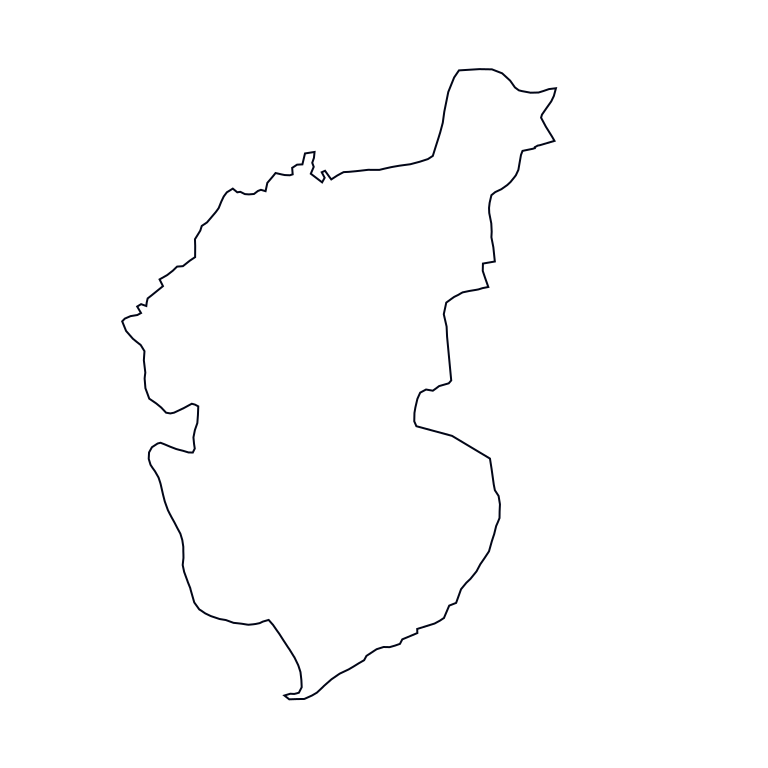 Chumatlán, Veracruz, Mexico (Equal Earth projection), rotated 344°
{"feature_id": "50627088B36712897039445", "entity_name": "Chumatlán", "entity_type": "district", "adm_level": 2, "iso_a3": "MEX", "parent_name": "Mexico", "parent_adm1": "Veracruz", "projection": "equal_earth", "projection_center": [-97.586, 20.222], "detail": "fine", "context": "isolated", "style": "outline", "palette": "ink", "viewbox_px": 768, "rotation_deg": 344, "n_neighbors": 0, "source": "geoboundaries", "source_scale": "gbopen_adm2", "svg_char_len": 4390}
<svg xmlns="http://www.w3.org/2000/svg" viewBox="0 0 768 768"><g transform="rotate(344 384 384)"><path d="M408.8,170.4L403.6,169.2L400.6,169.8L396.6,170.7L389.7,172.8L388.5,169.6L386.1,162.8L382.5,163.3L383.8,169.4L380.1,173.1L371.6,161.7L376.3,155.9L376.0,151.6L379.0,147.3L381.2,141.8L371.6,140.6L366.1,150.4L360.9,149.2L356.4,150.6L355.3,150.9L354.0,157.3L351.0,157.4L346.2,155.8L343.5,154.4L337.9,151.3L335.4,153.1L333.5,154.4L327.3,158.5L323.3,166.0L319.2,163.4L316.0,163.7L311.4,165.5L306.4,164.5L302.6,163.1L298.9,159.7L297.6,159.5L295.8,159.3L292.5,154.5L288.0,155.8L285.8,156.4L283.0,158.5L281.6,159.6L277.9,163.8L273.6,169.3L271.1,171.3L269.5,172.5L259.3,179.3L259.0,179.5L258.4,179.9L252.4,181.8L249.7,185.9L246.3,189.0L246.2,189.1L242.2,192.7L240.6,199.1L237.4,210.0L236.7,210.2L231.4,211.9L223.2,215.3L220.7,214.8L217.5,214.1L216.1,214.8L212.2,216.9L209.4,218.0L205.7,219.5L197.1,221.6L198.5,229.0L198.3,229.1L185.1,234.7L180.4,236.6L178.4,240.2L177.0,243.5L172.5,240.3L168.1,241.5L170.0,248.8L165.9,249.7L159.1,248.9L154.5,249.5L152.9,249.7L149.6,251.6L150.7,261.9L151.3,263.2L155.1,271.3L158.0,275.5L160.9,279.5L162.8,286.4L162.6,287.0L159.7,295.0L157.7,307.3L156.3,310.5L155.4,312.8L153.5,322.3L153.9,327.5L154.3,333.4L159.7,339.9L163.5,345.4L163.5,345.5L166.6,351.5L170.5,353.4L174.3,353.7L185.2,351.9L190.1,350.8L193.8,350.0L196.6,351.7L199.3,354.3L196.6,362.5L193.8,370.1L189.5,376.2L186.1,382.8L184.9,389.2L184.3,393.9L181.3,397.2L177.2,395.9L172.4,392.8L169.1,390.9L166.3,389.2L161.0,385.2L156.3,381.4L153.0,378.9L150.0,378.8L143.5,380.8L139.3,385.0L137.2,391.1L137.3,397.3L138.3,400.6L139.8,404.8L141.5,411.8L141.7,417.2L141.7,418.6L141.1,429.7L140.9,436.5L141.5,445.7L142.4,450.5L142.5,450.8L143.0,453.3L144.4,459.3L145.7,465.9L147.0,471.8L147.1,478.4L146.2,485.2L145.0,489.4L144.2,492.6L143.3,495.9L140.6,502.5L140.2,508.1L140.1,509.5L140.8,519.4L140.8,520.0L141.5,526.8L141.4,528.4L141.4,530.8L141.4,531.0L141.4,538.8L141.4,541.7L144.3,549.8L145.7,551.3L148.9,555.2L153.5,559.3L154.2,559.8L161.2,564.6L166.9,567.3L172.7,571.5L173.5,572.1L176.5,573.3L181.1,575.2L186.0,577.5L187.5,578.1L191.8,578.9L194.5,579.3L198.6,579.6L202.1,579.0L208.1,579.0L210.5,584.1L210.8,584.6L213.2,591.7L214.4,595.0L216.9,603.4L217.2,604.3L219.2,610.8L219.9,612.8L222.4,621.7L222.5,621.8L224.0,630.4L224.1,631.8L224.3,637.9L223.0,645.7L222.1,649.5L221.3,652.8L217.1,657.3L214.8,657.3L212.3,657.2L208.5,655.9L202.4,656.0L206.0,661.0L213.2,662.8L220.6,664.8L228.9,663.6L234.4,662.2L241.6,658.5L243.2,657.6L252.1,653.4L259.8,650.8L261.7,650.2L271.4,648.6L276.8,647.2L280.0,646.3L282.8,645.5L288.8,644.0L292.2,640.5L303.8,636.9L311.1,636.7L316.9,638.5L322.4,638.5L327.7,638.2L331.2,634.5L334.7,634.1L347.4,632.6L348.4,628.6L366.6,628.2L372.5,626.9L376.9,625.5L377.1,625.5L377.9,624.5L385.6,615.0L393.0,614.3L401.5,602.5L408.3,597.8L413.3,595.2L417.3,592.4L421.3,589.6L426.9,583.8L432.5,579.2L438.8,573.8L444.3,564.9L447.4,560.3L448.4,558.9L452.7,551.4L455.2,548.4L458.1,544.7L460.1,538.1L462.3,531.6L463.3,523.2L461.3,516.7L461.8,510.9L464.0,495.4L465.3,484.9L435.1,452.6L403.5,433.5L402.8,428.2L405.3,420.2L407.7,415.2L412.0,407.5L414.7,404.3L416.4,402.3L422.9,400.9L429.1,403.9L432.5,402.7L436.4,401.2L446.4,401.2L449.6,399.1L451.0,391.6L457.7,355.8L460.0,346.1L460.7,333.4L466.3,322.9L470.5,321.4L471.5,321.0L475.5,319.6L480.0,318.8L482.6,318.1L484.8,317.6L491.7,318.1L498.6,318.9L500.9,319.1L505.1,319.0L511.0,319.5L510.4,309.3L510.1,302.5L512.3,295.5L524.3,296.8L526.8,282.7L527.7,272.5L529.5,267.3L531.4,259.2L532.3,248.6L533.5,243.7L535.5,238.9L539.3,232.1L543.8,230.2L550.5,229.1L557.4,226.7L561.3,224.7L566.3,221.2L568.3,219.7L572.2,215.2L574.9,209.6L578.8,201.6L581.4,198.1L581.6,198.1L582.1,198.2L582.7,198.2L591.8,198.9L592.5,198.9L592.8,198.8L594.0,198.9L594.3,197.9L595.0,197.8L597.4,197.2L599.5,197.4L614.9,197.3L613.7,192.4L610.5,181.2L608.4,171.3L610.1,168.6L616.1,163.7L622.7,158.4L626.7,153.9L630.8,147.1L623.9,146.0L618.1,146.3L612.9,146.4L605.2,144.4L597.4,140.5L594.6,138.9L591.6,135.0L588.9,127.2L583.2,117.9L574.5,111.3L562.4,107.6L542.5,103.2L535.9,108.7L526.3,121.0L517.0,138.9L512.5,149.1L507.4,157.6L504.4,162.2L498.4,171.2L493.8,178.2L488.2,179.9L479.5,180.2L469.8,180.0L463.8,179.1L458.9,178.4L452.5,177.7L450.3,177.5L443.5,177.1L438.6,176.9L432.1,175.0L427.6,173.7L420.3,172.5L415.7,171.7L408.8,170.4Z" fill="none" stroke="#020617" stroke-width="2"/></g></svg>